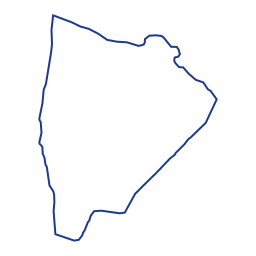 Atescatempa, Jutiapa, Guatemala
{"feature_id": "79465075B46496054688907", "entity_name": "Atescatempa", "entity_type": "district", "adm_level": 2, "iso_a3": "GTM", "parent_name": "Guatemala", "parent_adm1": "Jutiapa", "projection": "natural_earth1", "projection_center": [-89.726, 14.171], "detail": "fine", "context": "isolated", "style": "outline", "palette": "blue", "viewbox_px": 256, "rotation_deg": 0, "n_neighbors": 0, "source": "geoboundaries", "source_scale": "gbopen_adm2", "svg_char_len": 1067}
<svg xmlns="http://www.w3.org/2000/svg" viewBox="0 0 256 256"><path d="M53.1,15.4L51.5,30.1L52.0,44.1L51.1,52.3L45.9,84.1L43.7,89.7L42.4,103.6L39.4,118.3L39.4,119.9L40.7,122.1L41.5,132.8L39.3,142.5L39.7,144.0L40.6,144.8L41.6,145.9L42.4,147.1L42.7,153.6L44.5,157.9L45.4,164.2L46.8,166.9L49.5,185.5L53.4,191.5L54.1,194.6L54.4,202.1L53.6,211.2L55.4,234.2L74.2,240.6L78.8,239.8L82.5,235.0L82.8,233.0L84.6,230.5L87.9,222.2L89.2,220.7L90.8,215.7L94.1,211.2L101.2,210.7L119.9,213.3L124.8,212.6L135.2,193.7L137.7,191.3L142.5,186.4L153.9,175.2L154.9,174.4L170.0,158.5L175.0,154.5L175.6,153.0L177.6,151.1L184.7,144.0L185.7,142.5L188.6,138.9L190.6,137.5L205.7,122.9L216.7,99.4L210.6,90.9L207.8,89.2L203.3,82.4L195.7,79.8L188.9,73.9L183.2,67.4L179.0,67.1L175.0,62.6L174.2,60.8L174.7,57.5L178.2,56.7L179.9,54.2L178.5,49.4L176.7,46.9L171.2,46.8L163.5,37.4L161.5,36.0L156.3,35.3L149.3,35.7L145.0,39.1L144.7,42.7L143.7,44.6L138.7,45.9L126.9,42.3L117.0,41.7L107.2,39.9L98.2,33.7L88.6,28.8L80.4,26.5L71.7,22.3L54.6,15.9L53.1,15.4Z" fill="none" stroke="#1e3a8a" stroke-width="2"/></svg>